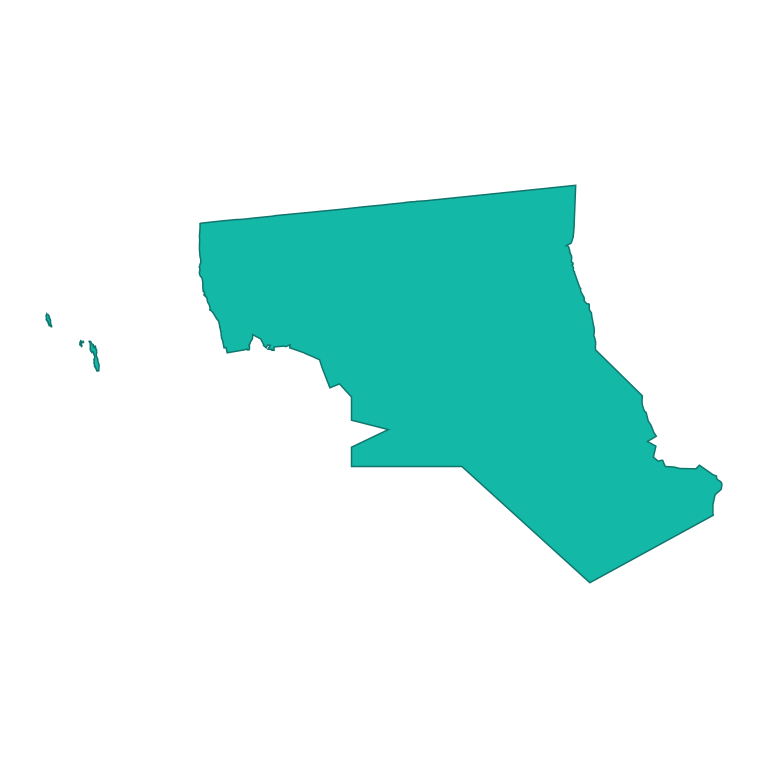 outline of Tijuana, Baja California, Mexico
{"feature_id": "50627088B36536609271858", "entity_name": "Tijuana", "entity_type": "district", "adm_level": 2, "iso_a3": "MEX", "parent_name": "Mexico", "parent_adm1": "Baja California", "projection": "orthographic", "projection_center": [-117.002, 32.378], "detail": "fine", "context": "isolated", "style": "filled", "palette": "teal", "viewbox_px": 768, "rotation_deg": 0, "n_neighbors": 0, "source": "geoboundaries", "source_scale": "gbopen_adm2", "svg_char_len": 5805}
<svg xmlns="http://www.w3.org/2000/svg" viewBox="0 0 768 768"><path d="M589.8,582.7L713.3,515.2L712.9,513.5L712.9,504.9L714.9,495.5L715.1,495.0L715.7,494.2L720.7,489.8L721.0,489.4L721.3,488.7L721.9,484.9L721.9,484.1L721.3,482.4L720.6,481.6L717.8,479.8L717.2,479.2L716.8,478.5L716.6,477.8L716.5,476.1L712.8,474.6L699.4,465.2L695.9,468.8L679.9,468.5L673.8,467.0L665.3,466.5L663.2,461.8L663.0,460.8L662.6,460.3L661.5,460.3L658.2,461.2L653.4,457.2L655.9,446.2L647.4,441.5L656.3,436.2L653.8,432.4L651.0,425.2L648.3,421.1L646.1,412.4L644.6,411.2L643.9,409.9L642.4,405.1L642.0,402.4L642.3,395.8L595.5,349.8L595.4,345.7L595.6,344.8L595.6,341.5L595.0,339.3L594.8,338.3L593.6,334.9L594.1,334.0L594.2,333.0L594.2,331.8L594.3,330.8L594.1,327.9L593.2,324.1L593.0,322.6L592.0,317.5L591.4,312.8L589.3,309.7L589.3,304.5L589.2,304.3L588.7,303.9L587.4,303.9L586.7,303.5L585.3,302.3L585.1,301.8L584.1,300.7L584.3,299.7L584.1,299.0L584.2,298.3L583.6,296.3L583.1,295.9L582.6,294.8L581.2,292.4L580.8,291.1L580.5,289.7L580.7,288.5L580.1,288.0L579.9,287.5L579.6,287.1L574.9,273.8L574.5,272.9L574.5,271.8L573.5,270.8L573.3,269.4L573.5,268.2L573.3,267.3L572.9,266.4L572.0,265.2L572.1,264.9L572.9,264.5L573.0,264.2L572.9,263.8L573.1,263.2L571.7,262.0L571.4,261.5L571.5,259.3L571.7,257.9L571.6,256.1L571.0,254.8L570.5,254.3L570.5,253.4L569.9,252.8L570.1,252.3L569.5,251.8L569.8,250.8L569.7,250.2L569.0,248.6L569.0,247.7L568.4,246.6L567.9,246.2L567.5,245.6L566.4,245.6L567.2,245.0L570.6,243.5L571.3,242.8L573.2,237.0L574.0,228.3L575.7,185.3L424.1,200.9L416.7,201.3L415.4,201.6L410.5,201.9L404.7,202.5L403.6,202.8L388.5,204.3L381.9,205.1L364.7,206.7L341.1,209.3L275.5,215.6L272.3,216.2L254.1,218.0L244.5,219.1L237.9,219.6L237.8,219.4L220.0,221.1L201.0,223.2L200.4,223.3L199.9,223.8L200.1,225.0L200.0,228.5L199.6,234.4L199.4,235.1L199.6,239.1L199.6,242.8L199.4,244.1L199.6,244.9L199.4,245.5L199.5,248.0L199.4,248.6L200.0,256.4L200.8,260.0L200.8,262.9L200.0,264.1L200.0,265.5L199.4,266.4L199.3,267.5L199.9,268.1L200.0,268.8L199.8,269.3L199.7,270.2L200.0,270.7L199.4,272.0L199.4,272.7L199.6,274.4L200.4,276.1L202.0,278.2L202.2,279.4L202.5,280.4L202.8,283.2L202.9,288.9L203.1,289.5L203.7,290.3L203.8,291.1L203.1,291.2L203.2,291.5L204.0,291.8L204.6,293.1L204.6,293.5L204.2,294.0L204.6,294.1L204.4,294.5L204.7,294.5L205.0,295.0L204.9,295.3L204.5,295.5L204.8,295.8L205.0,296.0L205.3,295.7L205.4,295.9L205.6,296.2L205.6,296.7L206.3,297.0L207.0,298.3L207.3,300.7L207.7,302.0L208.1,303.0L209.1,304.5L210.1,308.1L210.1,308.8L209.7,309.6L209.8,309.9L211.3,310.8L212.2,311.8L214.3,314.5L214.3,314.9L215.1,316.1L215.4,316.8L215.9,317.4L216.1,318.0L216.6,318.7L217.6,320.0L218.2,320.6L218.8,321.6L219.0,322.2L218.9,322.6L219.3,323.7L219.4,325.2L219.8,326.2L219.8,327.5L219.9,328.0L220.2,328.4L220.3,329.2L220.6,330.2L220.7,331.1L220.6,331.5L221.0,332.2L221.2,334.5L221.1,335.0L221.4,335.8L221.5,336.9L221.6,338.5L222.5,340.1L224.1,347.9L226.0,347.6L227.2,352.8L243.6,350.0L246.0,349.5L246.9,349.1L247.9,350.1L249.4,349.6L249.5,346.5L249.2,346.5L249.3,345.2L249.2,345.1L249.4,344.8L249.1,344.5L250.1,343.5L250.2,342.5L252.5,338.6L252.7,334.7L260.9,339.0L261.1,339.8L263.4,343.9L263.5,344.6L263.9,345.0L263.5,345.5L266.2,347.8L266.4,347.4L266.1,347.3L267.8,344.9L268.1,345.1L270.3,345.3L267.9,349.1L271.9,349.6L271.7,350.1L272.1,350.3L274.1,350.3L274.0,349.7L273.9,349.7L274.3,346.9L284.0,346.1L284.3,346.2L285.8,346.6L290.1,344.9L289.7,347.8L303.8,352.7L305.2,353.5L312.9,356.7L319.6,359.8L322.1,367.7L329.9,387.8L339.5,383.9L351.5,397.0L351.5,420.2L388.3,429.6L351.5,447.2L351.5,466.5L461.9,466.5L589.8,582.7ZM93.6,347.3L93.3,346.8L93.4,346.3L93.2,346.2L93.2,345.8L93.4,345.4L93.2,344.5L92.7,344.5L91.9,343.9L91.1,342.6L90.9,341.8L89.9,341.2L89.2,341.3L89.1,341.6L90.0,342.8L90.2,343.4L90.1,344.0L90.3,344.8L90.3,347.4L90.4,347.6L90.2,348.4L90.3,348.6L90.5,348.8L90.3,349.3L90.5,349.4L90.5,350.4L90.7,350.5L90.9,351.2L91.1,351.2L91.3,351.6L91.6,351.7L91.7,352.2L92.0,352.6L92.3,351.9L92.5,351.8L92.9,351.8L93.6,352.3L93.9,353.9L93.8,354.3L94.0,354.5L94.2,355.3L94.5,355.6L94.8,356.4L94.3,359.0L94.0,359.8L93.8,359.9L94.2,360.8L94.1,361.6L94.3,362.3L94.0,362.8L94.0,363.3L94.7,365.5L94.7,366.3L95.0,366.7L94.8,366.7L95.0,367.0L95.1,367.3L95.8,368.3L95.8,368.6L96.1,369.0L96.3,369.3L96.2,369.1L96.3,369.1L96.6,370.2L96.9,370.7L96.8,370.8L97.2,371.1L97.5,370.7L97.9,370.8L98.1,370.6L98.5,370.8L98.9,370.6L98.8,369.8L98.9,368.6L98.8,368.0L99.2,366.3L99.0,364.9L98.8,364.4L98.8,363.7L98.3,362.9L98.3,362.4L97.8,361.1L97.7,358.9L97.0,357.6L96.6,356.3L96.4,356.1L96.4,354.8L96.2,354.5L96.7,352.8L96.7,352.0L96.4,351.1L96.6,349.8L96.0,349.4L96.1,349.1L95.7,348.4L95.5,346.6L95.3,346.1L95.0,346.1L94.8,346.3L94.8,346.7L94.3,347.7L93.9,347.4L93.3,347.5L93.6,347.3ZM47.4,314.6L46.9,314.0L46.9,314.4L46.3,314.9L46.1,315.4L46.3,316.2L46.2,317.3L46.6,318.4L46.6,319.1L46.4,319.1L46.2,319.3L46.5,319.6L46.4,319.9L46.7,320.6L46.9,320.6L46.9,320.4L47.3,320.7L47.9,321.3L47.8,321.6L48.1,321.5L48.2,321.8L48.0,322.0L48.3,322.4L48.2,322.6L48.3,322.8L48.3,323.2L48.5,323.4L48.5,324.2L48.8,324.4L49.0,325.1L49.3,324.8L49.5,325.5L50.0,325.7L50.6,326.3L51.0,326.2L51.3,326.7L51.6,326.7L51.6,326.0L51.2,325.7L51.3,325.2L50.8,324.4L50.6,323.6L50.7,322.5L50.5,321.9L50.5,320.5L50.3,319.5L49.7,318.3L49.2,318.2L49.3,317.9L49.1,317.8L49.4,316.9L49.3,316.5L49.1,316.2L49.0,315.9L48.3,315.0L48.2,314.7L47.8,314.5L47.4,314.6ZM81.4,342.1L81.1,341.2L80.7,340.8L79.9,342.7L80.0,343.5L79.9,343.8L79.8,344.2L80.2,344.3L80.2,344.7L80.5,344.5L81.1,346.0L81.3,346.1L81.4,346.3L81.5,346.4L81.6,345.9L81.8,345.8L81.4,345.3L81.7,345.2L81.5,344.8L81.3,344.7L81.6,343.6L81.5,343.1L81.6,342.2L82.0,342.1L83.2,342.6L83.5,342.5L83.5,342.2L83.2,342.2L83.1,341.6L82.7,342.0L82.0,342.0L81.9,341.3L81.7,341.2L81.5,341.3L81.7,341.9L81.4,342.1Z" fill="#14b8a6" stroke="#0f766e" stroke-width="1.5"/></svg>